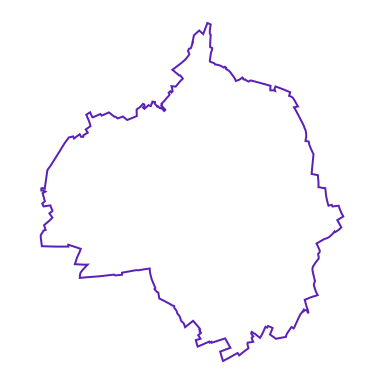 Yen My, Hưng Yên, Vietnam (Robinson projection)
{"feature_id": "81297802B77847273364040", "entity_name": "Yen My", "entity_type": "district", "adm_level": 2, "iso_a3": "VNM", "parent_name": "Vietnam", "parent_adm1": "Hưng Yên", "projection": "robinson", "projection_center": [106.034, 20.895], "detail": "fine", "context": "isolated", "style": "outline", "palette": "violet", "viewbox_px": 384, "rotation_deg": 0, "n_neighbors": 0, "source": "geoboundaries", "source_scale": "gbopen_adm2", "svg_char_len": 5937}
<svg xmlns="http://www.w3.org/2000/svg" viewBox="0 0 384 384"><path d="M341.3,227.3L337.3,220.1L343.3,216.5L342.8,215.4L342.1,214.4L341.3,212.8L339.7,208.9L339.0,206.7L338.6,205.7L332.5,206.5L331.7,204.8L328.5,205.7L327.6,202.7L326.9,199.7L326.2,196.4L325.9,194.2L325.6,191.1L325.3,188.2L324.5,188.1L322.5,187.9L319.3,187.2L318.5,187.2L318.5,186.2L318.5,182.7L317.9,175.2L311.6,173.9L312.6,163.2L313.5,154.4L310.5,147.8L309.4,145.0L308.7,141.5L306.9,141.2L305.5,141.0L305.6,140.0L305.8,139.0L306.1,137.6L306.2,136.3L306.2,134.2L306.0,132.9L305.8,131.3L305.4,129.9L304.8,128.6L304.3,127.2L303.9,126.1L303.1,124.4L302.1,122.4L300.7,119.7L298.5,115.5L295.7,110.1L294.0,107.3L297.9,106.5L297.6,105.9L296.5,103.9L294.0,99.5L292.5,97.5L291.4,96.7L289.1,95.9L289.7,93.8L290.2,92.3L288.7,91.6L286.5,90.7L283.9,89.6L280.7,88.4L278.1,87.4L275.5,86.5L274.5,88.8L275.1,90.9L273.6,90.3L270.4,90.3L270.3,89.1L270.4,87.3L270.5,85.8L269.8,85.6L256.0,81.8L250.7,80.4L248.5,81.6L246.6,80.6L245.0,79.4L244.3,79.7L243.2,79.1L243.0,78.1L242.3,77.5L242.1,77.7L240.1,79.2L238.6,80.0L236.7,80.7L235.9,81.0L234.9,78.7L234.3,77.8L233.4,76.4L230.4,72.4L229.3,71.1L227.9,70.1L226.0,69.0L226.2,67.7L224.9,66.8L223.9,67.6L220.8,65.9L218.5,65.0L216.3,64.6L215.3,64.6L214.4,63.3L212.0,62.4L210.8,62.0L209.9,61.5L209.9,60.3L210.3,57.7L210.6,55.3L210.8,53.5L211.0,52.6L211.4,51.6L211.7,50.6L212.1,49.5L212.2,48.0L211.2,47.5L210.2,47.3L210.1,46.1L210.3,41.3L210.4,39.2L210.6,36.6L210.7,34.7L210.2,34.2L209.9,33.7L209.8,32.8L209.8,31.7L209.8,30.5L210.0,29.2L210.7,24.5L207.4,23.0L203.2,34.1L199.2,30.5L193.9,35.3L193.5,37.5L192.6,41.6L193.0,41.8L192.9,42.8L192.4,42.9L191.8,45.6L191.2,47.4L190.9,48.1L190.2,48.5L189.6,48.7L189.0,48.7L188.8,49.0L188.0,51.2L188.5,52.0L189.4,54.1L188.1,56.1L187.0,57.5L185.6,59.2L184.9,59.9L181.1,63.2L176.9,66.4L174.1,68.5L172.4,69.8L172.7,70.1L174.1,71.1L175.5,72.4L179.3,75.5L180.2,75.4L182.1,77.6L182.8,78.7L180.8,80.5L177.0,85.0L175.7,86.6L171.5,86.2L172.3,89.2L172.6,91.4L171.5,92.5L170.3,91.2L168.6,92.9L169.6,94.7L169.1,95.4L168.3,96.3L166.9,97.8L165.2,99.8L164.2,101.0L163.2,102.1L161.5,103.8L162.0,104.6L161.3,105.3L162.8,107.1L164.3,108.6L165.3,109.9L164.2,111.0L162.6,109.3L161.0,107.5L160.1,108.3L157.7,106.1L157.2,106.6L154.7,103.5L155.0,102.0L152.5,101.6L152.4,102.4L152.1,103.3L151.6,103.4L151.4,104.5L150.8,106.1L150.1,105.9L149.3,105.6L148.6,105.1L146.0,107.4L144.4,108.8L143.9,108.4L143.5,108.0L143.0,107.5L144.5,105.9L144.5,105.1L144.1,104.4L143.4,103.9L143.0,103.9L140.6,106.6L140.3,106.9L139.0,107.8L137.4,108.9L136.6,109.5L136.8,116.1L127.2,120.0L125.6,118.7L124.3,117.7L123.0,116.5L117.7,118.4L115.3,116.7L114.6,116.8L112.4,115.2L111.0,114.0L108.9,112.4L103.4,114.9L101.6,115.6L100.4,114.0L95.8,116.0L93.0,117.3L92.6,117.3L91.9,116.4L90.1,112.3L86.3,114.7L89.3,121.8L90.5,126.1L85.7,129.5L87.8,132.7L83.4,135.2L83.3,136.8L81.0,136.8L79.7,134.2L74.0,138.5L73.1,136.4L68.8,137.5L64.8,142.9L57.5,154.7L50.4,166.0L47.4,170.0L44.7,188.8L43.8,188.4L42.5,188.1L41.3,188.4L41.4,190.5L42.4,190.5L43.6,190.7L45.4,191.6L42.6,193.2L44.9,201.3L42.2,203.6L43.6,206.4L45.0,206.2L50.4,205.4L51.6,208.8L52.3,210.2L52.3,211.2L49.4,213.3L52.4,217.7L49.1,220.9L45.9,223.6L44.1,225.2L45.6,230.0L44.8,230.3L43.5,230.5L42.8,231.9L40.7,235.2L40.8,237.8L41.9,246.2L55.5,246.6L67.2,246.6L68.3,246.6L68.2,244.8L69.2,245.0L80.7,248.8L79.8,251.5L77.0,257.7L74.9,264.2L84.5,264.7L87.6,264.6L82.9,269.6L80.7,272.4L80.0,274.6L79.8,277.9L86.0,277.3L99.4,276.3L114.2,274.6L115.0,275.4L122.0,274.8L122.0,272.7L136.4,270.1L138.0,270.3L139.8,270.1L142.3,269.6L145.3,269.1L147.7,268.8L149.7,268.5L149.9,271.6L150.5,274.8L151.7,279.3L155.3,288.0L154.5,289.0L155.0,289.8L155.9,290.8L156.4,291.4L157.5,292.2L158.3,292.5L159.3,298.5L163.6,300.6L168.7,303.3L172.5,305.5L174.2,306.1L174.2,306.6L174.2,307.5L174.5,308.1L175.0,308.8L175.7,309.7L176.4,310.6L176.7,311.3L176.9,312.0L177.1,312.8L177.4,313.5L177.8,314.1L178.5,314.8L179.3,315.8L179.9,317.1L180.4,318.3L180.7,319.4L180.9,320.3L181.3,321.0L181.9,321.7L182.7,322.2L183.6,323.3L184.2,324.5L185.1,327.2L193.1,320.8L196.9,325.2L199.6,328.4L200.0,329.0L199.3,329.5L200.2,331.1L199.7,331.7L200.9,332.9L198.2,335.2L200.5,338.7L195.8,340.1L197.6,346.6L202.6,344.5L209.2,341.6L209.6,342.6L211.4,341.8L211.7,342.7L215.6,341.5L225.1,338.4L230.4,347.8L227.3,348.9L220.2,351.6L221.6,356.6L223.0,361.0L227.4,358.7L237.6,353.0L239.2,355.4L243.9,351.6L245.3,350.5L248.5,348.2L247.7,345.3L247.4,343.8L247.8,342.6L250.1,342.3L253.2,341.8L252.2,339.6L251.7,337.7L252.7,336.9L253.3,336.4L251.7,334.4L251.2,333.3L251.7,331.9L255.3,334.1L260.0,337.9L261.8,334.8L263.3,331.8L264.8,328.3L265.5,326.8L267.1,327.6L268.0,326.0L270.8,327.1L272.6,328.0L272.0,329.7L270.7,332.7L270.0,334.5L276.0,338.8L276.7,338.6L283.7,337.3L286.0,336.8L286.1,335.8L286.4,335.0L286.9,333.8L288.3,331.6L290.2,328.9L291.4,327.1L292.5,327.6L293.7,328.4L294.2,327.6L295.0,325.8L296.1,323.3L299.9,315.2L300.3,314.5L303.0,311.0L303.7,309.9L304.0,310.9L304.5,310.3L305.7,310.2L307.1,310.3L307.3,311.2L307.8,312.6L308.3,312.5L308.2,311.7L307.9,310.3L307.4,309.0L306.2,305.4L305.7,303.6L305.1,301.0L304.7,299.8L307.7,298.6L308.8,298.1L311.2,297.2L311.9,296.9L312.8,296.6L313.7,296.4L314.7,296.1L315.8,295.8L316.8,295.4L317.7,295.1L317.4,294.5L316.7,293.2L315.9,291.6L315.3,289.9L314.8,288.4L314.3,286.6L314.0,285.5L313.9,284.7L313.9,284.1L314.1,283.3L314.6,282.1L315.0,281.2L315.0,280.7L314.8,280.2L314.5,279.2L314.1,277.7L313.6,275.3L312.9,272.7L312.6,270.9L312.4,269.0L312.6,267.9L313.1,266.3L313.8,265.3L315.3,263.0L316.9,260.8L318.0,259.5L318.6,258.7L318.7,257.9L318.7,256.8L318.4,255.5L318.1,254.5L318.2,253.9L318.5,253.4L319.4,252.6L319.7,251.6L319.7,250.3L318.8,248.3L316.5,243.5L324.7,238.8L325.4,238.7L326.2,238.5L327.3,238.0L328.5,237.4L329.5,236.7L330.4,236.0L331.3,235.1L332.1,234.4L333.4,232.9L334.0,232.2L334.5,231.4L334.6,231.5L334.9,232.2L335.7,231.8L337.2,230.8L338.7,229.9L341.3,227.3Z" fill="none" stroke="#5b21b6" stroke-width="2"/></svg>